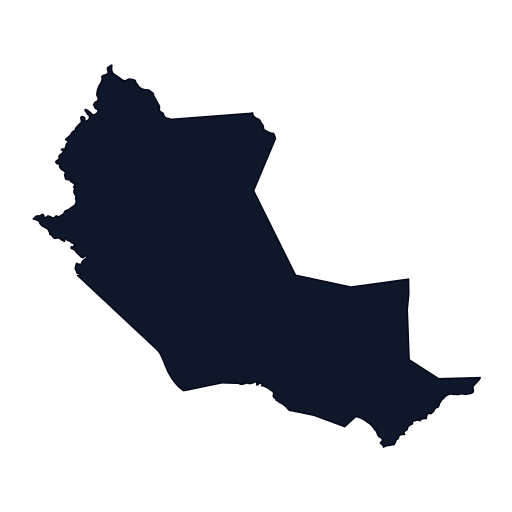 Salama, Olancho, Honduras, rotated 89°
{"feature_id": "27666195B49586797079584", "entity_name": "Salama", "entity_type": "district", "adm_level": 2, "iso_a3": "HND", "parent_name": "Honduras", "parent_adm1": "Olancho", "projection": "robinson", "projection_center": [-86.647, 14.837], "detail": "fine", "context": "isolated", "style": "filled", "palette": "ink", "viewbox_px": 512, "rotation_deg": 89, "n_neighbors": 0, "source": "geoboundaries", "source_scale": "gbopen_adm2", "svg_char_len": 6038}
<svg xmlns="http://www.w3.org/2000/svg" viewBox="0 0 512 512"><g transform="rotate(89 256 256)"><path d="M270.1,435.0L270.1,434.0L270.3,432.9L270.7,431.9L271.1,431.7L271.6,432.1L272.4,434.6L348.7,355.8L351.2,354.1L352.8,353.1L358.9,350.4L363.3,348.9L370.6,345.8L376.3,342.7L381.4,339.0L384.8,336.2L386.1,334.8L389.2,331.0L389.4,330.5L382.2,292.3L382.9,278.1L382.9,276.2L383.9,273.6L384.0,271.9L383.8,270.8L383.1,268.8L382.8,267.1L383.5,264.6L383.4,263.6L382.8,261.3L381.7,258.8L381.5,257.7L383.6,257.3L384.8,257.6L385.0,257.3L384.8,256.5L384.4,255.9L382.2,254.9L382.6,254.5L383.2,254.2L384.0,252.0L384.4,252.0L385.6,252.6L385.9,252.5L386.0,252.2L385.9,251.3L386.0,250.7L387.3,248.1L388.1,246.6L391.8,241.5L392.5,241.0L393.6,240.7L396.2,241.2L396.8,241.1L397.9,240.3L399.5,238.4L400.7,238.2L401.2,237.3L401.7,235.8L402.6,235.5L403.6,233.3L404.6,231.7L407.0,228.8L410.2,226.1L411.1,224.8L411.1,224.0L416.3,200.7L428.2,170.3L418.1,158.9L420.0,153.7L422.1,150.0L424.2,147.4L425.3,145.6L427.6,143.2L428.8,142.4L430.7,140.7L431.7,140.4L432.6,139.3L433.8,138.5L436.7,137.5L438.8,136.2L439.5,135.0L439.7,134.1L440.4,133.7L441.9,132.5L442.3,132.5L442.9,132.9L444.4,134.5L445.3,134.9L445.7,134.5L446.2,133.3L447.2,133.0L447.4,132.6L448.0,132.0L449.3,131.7L448.8,130.9L447.8,128.0L447.6,125.4L447.2,123.8L447.1,121.8L446.8,121.1L446.1,120.6L445.2,120.5L445.0,120.2L444.0,119.5L443.1,119.4L442.4,119.0L441.8,118.5L441.0,117.0L438.0,116.1L437.5,115.0L437.1,113.5L436.9,112.0L437.0,110.7L435.2,111.2L434.0,110.6L433.5,110.1L432.9,108.7L432.5,108.2L431.9,107.9L429.8,107.2L428.8,106.6L428.0,105.4L426.5,102.5L426.2,102.4L425.8,102.7L425.3,102.8L424.6,102.3L424.0,101.7L423.6,100.9L422.7,97.2L422.9,96.5L423.6,94.9L422.1,93.8L421.4,90.9L421.6,89.0L421.5,88.8L421.2,88.5L420.3,88.6L419.4,88.2L418.1,88.0L416.8,87.0L416.5,86.6L416.4,85.2L416.7,83.8L416.6,83.5L415.7,82.8L415.0,81.7L414.4,81.1L413.4,80.5L412.3,80.1L411.6,79.5L410.9,78.6L410.4,76.9L410.0,76.4L408.1,75.5L406.5,75.0L403.4,73.0L402.1,71.8L401.8,70.7L400.8,70.6L400.2,70.2L399.8,68.9L398.5,67.7L398.1,66.3L397.6,65.2L397.4,64.1L397.8,61.0L397.8,58.9L398.0,57.1L397.9,55.1L397.5,54.4L397.4,53.4L397.6,51.3L398.1,48.5L397.8,47.7L397.4,45.5L397.3,43.9L396.5,42.0L395.7,41.3L394.9,41.0L394.1,41.0L391.8,41.4L390.8,41.3L390.1,41.0L389.1,40.4L384.0,35.4L382.6,34.3L381.5,34.1L381.5,34.3L381.9,75.5L362.4,104.7L312.2,105.7L296.7,103.9L281.8,103.9L288.7,161.8L275.9,216.8L190.7,257.3L138.9,234.5L135.2,235.6L134.3,236.0L133.8,236.5L133.6,236.8L133.4,238.8L132.9,240.4L129.8,246.0L125.7,246.6L122.8,248.7L120.4,249.7L119.3,251.1L117.9,254.0L116.4,255.7L115.1,256.5L112.9,256.9L113.5,260.9L113.4,261.9L117.9,338.6L117.0,340.9L116.6,343.1L115.8,344.4L115.0,345.0L113.6,345.8L111.8,346.3L111.3,346.9L109.9,349.3L109.2,349.9L107.5,350.0L104.9,349.9L104.1,350.1L99.7,352.5L97.9,353.3L94.7,355.2L93.7,355.5L92.1,355.7L91.4,356.1L88.3,360.2L88.0,361.3L88.0,362.7L87.8,364.2L86.9,367.3L86.1,368.5L84.6,370.3L82.3,371.7L81.0,372.9L78.5,373.7L78.2,374.0L77.2,377.2L76.8,379.6L77.0,380.6L78.4,383.1L78.7,384.0L77.3,387.4L76.4,388.2L71.4,395.1L70.3,396.2L69.7,396.5L67.0,397.1L65.1,397.1L63.0,396.8L62.8,396.9L62.7,397.2L62.9,397.8L63.8,398.9L64.7,400.6L65.4,401.2L66.4,401.3L69.6,400.5L70.1,400.6L70.9,401.2L71.9,402.2L72.9,405.7L73.2,406.3L73.7,406.8L74.3,407.0L75.4,406.7L76.8,406.8L79.5,407.7L80.7,408.2L82.0,409.3L83.3,410.1L87.0,411.5L91.8,412.4L92.6,412.2L95.9,410.7L96.4,410.7L98.8,412.4L99.0,413.6L99.6,414.3L102.0,415.8L102.3,415.5L103.0,415.1L105.1,414.5L107.1,411.5L108.2,411.4L109.6,411.9L110.5,412.6L111.4,414.0L112.0,415.5L112.0,416.5L111.8,417.1L111.4,417.6L109.4,419.4L107.1,422.3L106.5,423.6L106.7,424.0L107.0,424.4L107.5,424.5L109.0,423.3L111.4,421.9L113.1,420.1L114.5,420.0L116.3,420.6L116.8,421.0L117.8,422.4L118.2,423.5L118.1,424.2L117.7,424.9L115.4,424.7L114.5,425.2L113.9,426.1L113.6,427.1L113.6,427.9L113.9,428.4L114.5,428.7L115.2,428.7L118.0,428.2L119.7,428.5L121.1,430.4L122.5,431.6L124.1,433.3L125.5,434.1L127.0,434.6L129.0,437.6L131.9,439.4L136.0,444.3L136.3,444.3L136.6,444.0L137.6,441.7L137.9,441.4L138.2,441.4L140.1,443.1L141.1,443.7L146.0,445.2L145.5,447.0L145.7,448.0L146.1,448.7L146.3,448.7L147.8,446.9L148.3,446.8L148.8,446.9L149.2,447.2L151.7,450.4L152.5,451.1L153.5,451.3L154.8,451.0L155.5,451.0L157.1,453.4L157.8,454.2L158.3,454.5L159.1,454.4L160.1,453.4L160.6,451.9L160.7,451.0L161.0,450.6L163.3,450.9L166.0,449.1L167.8,446.1L168.4,445.4L169.8,445.2L171.5,445.9L174.7,445.3L175.7,444.8L176.1,444.3L176.3,443.7L176.5,441.3L177.4,440.4L178.5,439.6L180.0,437.2L180.8,436.4L181.4,436.0L181.9,435.9L182.6,436.0L183.4,436.9L183.8,437.1L184.3,437.0L184.6,436.4L185.2,436.2L186.3,436.4L187.9,436.9L189.1,437.0L189.8,436.8L190.7,436.2L193.7,434.7L194.4,435.2L195.3,435.4L197.1,434.9L198.7,434.8L201.6,435.9L202.5,436.7L203.3,438.3L205.9,441.9L206.7,443.4L207.6,445.9L208.0,446.3L210.9,447.9L211.8,449.8L213.3,452.2L213.2,453.4L213.0,453.8L212.6,454.3L212.5,454.9L212.8,455.7L214.3,457.1L214.4,458.0L214.2,458.8L213.1,461.0L212.3,463.2L212.6,463.9L214.2,466.1L214.5,466.7L214.1,467.1L212.3,467.4L211.2,467.8L210.8,468.1L210.7,468.6L210.9,469.4L211.7,470.6L212.0,471.4L212.2,474.4L212.4,475.2L215.0,477.9L216.5,473.8L217.1,472.8L217.7,472.2L219.9,471.3L221.5,470.0L222.5,468.8L223.9,466.3L224.7,464.8L225.3,463.8L228.2,462.2L230.7,461.7L230.9,461.4L231.0,460.7L231.5,460.1L233.9,458.3L234.9,457.2L234.9,456.4L234.4,454.3L234.6,452.7L235.1,451.7L236.1,450.7L236.8,449.6L238.0,447.4L237.5,447.1L236.9,446.9L235.1,447.4L234.9,447.0L234.9,446.5L235.1,446.0L237.2,444.0L238.1,441.2L238.9,440.8L239.5,440.3L240.5,437.4L241.0,437.4L243.2,438.0L243.8,438.9L243.6,440.6L244.1,440.7L245.0,440.6L245.5,440.0L246.2,438.2L246.8,437.2L249.7,435.0L254.2,430.5L254.4,429.9L254.4,429.1L252.8,426.1L252.8,425.4L253.2,424.9L253.7,424.8L255.1,425.8L257.0,428.5L257.7,429.1L258.7,429.8L260.6,430.6L261.1,431.0L261.3,431.6L261.2,432.8L260.8,434.5L260.2,435.3L260.3,435.6L263.6,436.7L265.5,436.9L266.1,436.8L267.7,435.9L269.4,435.4L270.1,435.0Z" fill="#0f172a" stroke="#020617" stroke-width="1.5"/></g></svg>